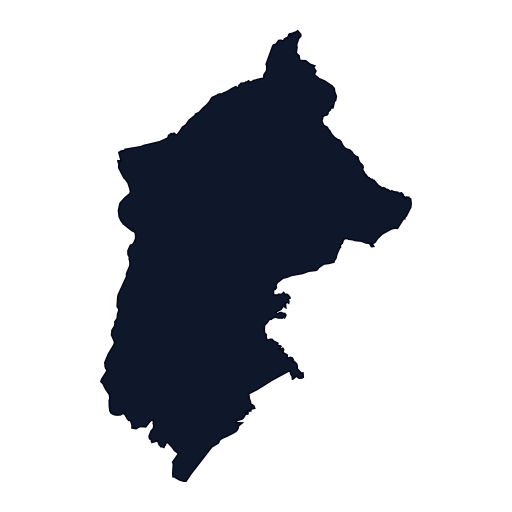 Panatau, Buzau, Romania
{"feature_id": "2599482B60212068774024", "entity_name": "Panatau", "entity_type": "district", "adm_level": 2, "iso_a3": "ROU", "parent_name": "Romania", "parent_adm1": "Buzau", "projection": "natural_earth1", "projection_center": [26.419, 45.304], "detail": "fine", "context": "isolated", "style": "filled", "palette": "ink", "viewbox_px": 512, "rotation_deg": 0, "n_neighbors": 0, "source": "geoboundaries", "source_scale": "gbopen_adm2", "svg_char_len": 6040}
<svg xmlns="http://www.w3.org/2000/svg" viewBox="0 0 512 512"><path d="M173.0,476.9L174.5,476.7L175.2,477.5L179.4,479.9L183.5,481.2L186.0,481.3L191.1,473.7L211.8,447.0L218.0,443.3L219.0,441.9L219.2,440.5L222.3,438.2L226.7,436.4L234.9,432.1L236.8,430.6L237.9,428.9L238.4,426.4L238.8,425.7L242.3,422.9L236.6,422.7L236.5,420.7L241.5,419.3L243.0,418.4L244.9,415.6L245.6,413.5L246.1,414.3L247.9,414.0L248.2,412.9L246.9,411.2L246.9,410.7L248.9,410.5L248.9,411.1L249.6,411.3L250.9,410.8L250.3,410.2L250.9,409.2L254.8,408.3L253.8,405.8L250.4,403.5L250.6,402.1L249.3,398.4L248.9,394.9L248.2,394.1L257.7,389.2L272.0,380.2L289.1,370.9L290.4,372.2L290.7,374.1L292.1,376.1L292.4,379.1L293.0,379.1L295.1,377.3L295.8,375.8L296.4,375.9L296.9,376.7L299.2,378.3L301.7,378.1L303.3,377.3L303.0,372.9L301.2,373.0L297.1,368.5L297.4,366.3L296.8,364.9L296.9,364.2L295.1,362.2L294.0,361.7L293.1,361.9L292.3,361.3L292.2,360.9L293.5,360.2L292.4,358.0L290.6,357.3L287.8,358.2L287.0,358.1L287.4,355.1L282.8,352.4L283.7,349.8L282.8,348.1L279.7,349.7L279.0,349.4L278.8,349.1L280.1,347.8L281.0,346.3L280.1,345.7L278.5,345.7L277.4,344.9L277.3,344.4L277.9,343.7L277.7,343.0L273.5,341.0L272.3,339.4L270.3,339.2L267.3,340.3L266.1,337.0L266.4,334.7L264.6,333.0L264.3,329.3L264.6,325.3L267.3,322.5L269.0,319.8L270.0,319.3L271.2,319.4L272.7,318.0L275.5,317.2L278.3,318.0L282.3,318.1L283.4,317.3L284.6,317.9L286.0,315.0L285.2,314.4L284.9,313.4L283.0,313.4L281.5,312.5L279.9,312.6L279.0,312.9L278.7,313.6L277.3,313.7L275.3,312.4L281.1,309.4L281.2,308.6L282.5,307.7L283.2,306.0L284.5,306.0L285.0,307.4L285.9,307.8L285.4,303.5L287.4,302.2L288.7,303.2L289.0,301.3L288.0,299.2L290.1,298.2L289.9,297.2L288.0,294.9L287.0,294.2L285.2,294.6L283.7,292.4L281.3,294.5L278.6,294.2L277.3,295.0L273.6,294.9L273.5,290.2L275.5,289.1L276.4,287.8L276.0,285.0L277.3,282.7L283.0,278.2L286.5,277.4L291.4,275.5L302.2,273.6L309.0,271.2L315.5,270.5L317.4,269.7L318.6,267.7L323.8,264.1L328.7,263.5L333.9,262.2L334.3,260.7L336.1,258.0L336.8,254.6L339.4,248.5L340.5,247.3L340.4,244.9L342.3,243.3L343.3,240.0L344.0,239.5L343.9,238.7L347.5,238.6L348.4,239.2L353.0,239.8L354.8,240.5L361.3,241.2L365.9,243.0L369.5,243.4L371.4,246.7L373.8,246.4L373.2,245.4L371.8,244.7L372.0,243.8L373.1,243.6L375.2,242.1L377.5,238.6L382.3,234.0L391.2,229.1L394.6,228.2L397.5,228.4L403.6,218.7L404.8,218.9L404.8,218.4L404.2,218.4L404.2,217.8L406.1,216.4L410.8,207.3L411.2,203.4L410.7,198.9L408.4,197.8L408.7,197.3L406.5,197.0L406.4,198.3L404.7,198.3L404.3,197.7L404.8,197.2L404.2,197.0L404.3,196.6L403.9,196.5L403.7,197.4L402.8,196.6L402.9,195.8L402.4,195.4L403.2,195.5L403.4,195.0L401.5,192.8L399.1,193.2L398.3,193.0L397.8,192.2L393.6,191.7L391.8,190.7L390.8,191.6L387.7,189.5L385.3,188.9L385.2,188.3L383.3,187.6L382.3,188.1L378.1,185.2L374.0,180.3L373.3,180.5L372.2,179.2L371.3,179.3L369.7,178.6L369.4,177.9L369.0,178.1L367.3,176.6L366.3,175.1L366.2,175.8L365.2,175.5L364.5,172.7L362.8,170.1L362.8,168.3L363.2,167.5L363.0,166.1L362.5,165.1L359.7,162.4L358.1,158.9L358.4,158.2L357.6,156.8L355.6,156.2L353.2,153.9L351.8,151.7L349.6,149.9L346.4,148.9L344.5,147.7L342.3,144.5L341.2,141.9L339.6,140.1L337.8,139.6L334.4,137.3L331.3,133.7L329.7,130.6L328.2,129.1L327.4,127.3L323.9,125.4L323.3,124.6L321.8,120.5L322.7,118.6L322.7,116.8L324.7,115.5L327.1,114.9L328.1,113.4L328.0,111.9L330.2,110.1L331.2,107.7L331.8,107.1L332.0,108.0L333.0,107.9L334.4,101.7L335.7,100.3L336.4,96.3L334.7,91.7L334.3,88.5L332.2,86.0L324.6,80.9L318.6,78.4L318.1,77.5L315.5,75.8L314.5,74.1L316.0,71.0L313.6,67.3L314.9,65.9L309.9,64.1L305.8,60.7L300.2,60.5L299.8,59.8L299.0,55.5L297.2,54.1L296.3,52.7L297.1,47.1L296.7,46.0L296.8,44.0L298.7,38.5L300.9,36.1L300.7,34.2L297.6,30.7L295.1,32.7L294.9,32.2L292.7,33.2L289.6,33.8L288.9,34.4L290.5,35.3L290.8,35.8L290.5,36.2L288.6,35.7L287.3,37.7L286.0,37.9L285.7,38.5L284.4,38.9L284.0,40.2L282.3,40.9L281.1,40.2L278.7,40.4L275.9,44.2L273.3,45.0L272.5,46.5L266.1,64.2L266.7,66.0L266.8,69.1L266.2,71.4L264.1,74.3L263.7,76.4L264.0,78.0L256.7,79.6L255.1,80.3L254.1,80.2L251.7,81.7L249.9,82.2L249.3,82.0L249.2,81.4L248.6,80.8L246.5,82.3L245.9,82.0L244.6,83.0L241.2,83.2L239.0,85.3L238.0,87.6L237.1,88.2L235.9,86.5L231.8,88.6L227.2,91.5L223.4,93.0L221.4,94.3L220.1,94.5L220.9,94.0L220.2,93.9L218.2,94.3L217.1,95.2L212.4,97.3L211.7,97.8L209.5,101.6L206.3,105.3L203.0,108.0L199.2,112.3L195.4,114.1L195.8,114.8L189.1,120.1L185.9,124.8L182.3,127.2L180.6,130.2L177.4,134.4L176.3,135.1L174.2,133.2L173.0,133.4L172.6,134.2L171.1,133.5L170.2,134.2L170.3,135.0L168.6,135.2L167.8,138.0L159.7,141.7L143.8,145.4L141.1,146.6L125.0,149.3L125.2,150.2L121.7,150.9L121.9,151.2L120.6,151.4L120.7,151.8L118.8,152.3L120.7,159.5L120.7,160.9L117.9,160.7L118.1,162.2L118.8,163.2L118.7,167.8L124.0,178.1L125.3,179.1L128.0,183.0L129.9,188.8L130.4,191.6L129.9,193.6L124.7,197.9L120.0,203.2L118.4,210.3L119.1,216.6L120.7,220.2L123.4,224.0L131.8,230.6L135.0,232.2L135.6,235.3L135.6,238.6L134.2,242.0L132.5,244.7L130.4,245.1L127.9,250.7L128.0,254.6L129.5,257.3L129.1,258.6L129.8,261.5L130.0,264.3L129.5,266.6L126.5,273.6L126.5,276.7L118.1,295.0L117.7,297.3L117.1,306.7L118.4,308.4L118.9,310.0L117.5,314.4L117.2,318.4L114.8,321.8L115.0,323.8L114.6,325.9L112.0,330.1L111.5,335.0L114.6,342.2L113.8,344.9L108.2,354.3L104.7,362.8L105.1,364.7L105.0,366.1L105.7,368.3L107.1,370.6L101.7,379.1L100.8,381.6L103.0,383.7L105.5,389.0L109.3,394.5L109.9,398.1L109.2,400.3L109.3,406.2L109.9,411.0L111.1,413.2L114.5,414.8L117.0,415.1L120.6,414.9L122.5,413.6L123.8,413.8L125.0,414.6L127.3,418.8L128.8,420.5L130.2,420.4L130.8,421.4L132.0,424.9L131.9,428.0L135.1,428.6L136.4,428.7L138.6,427.1L140.2,426.6L145.8,426.9L150.8,420.4L153.2,420.5L153.5,420.8L153.2,423.8L153.8,424.9L153.5,427.6L152.9,429.1L151.2,430.7L149.0,436.3L149.6,438.9L150.5,438.7L151.4,440.1L151.3,441.2L151.8,442.5L155.8,441.4L156.9,440.7L158.0,441.8L159.3,445.0L159.9,445.3L160.7,446.7L162.0,446.7L163.9,447.5L164.6,445.7L165.5,444.9L165.5,443.4L167.6,442.4L172.3,447.4L174.5,450.6L178.5,453.6L172.6,462.1L173.3,464.2L172.7,474.0L173.0,476.9Z" fill="#0f172a" stroke="#020617" stroke-width="1.5"/></svg>